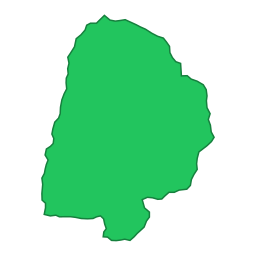 outline of Luisburgo, Minas Gerais, Brazil
{"feature_id": "56859067B70071558492510", "entity_name": "Luisburgo", "entity_type": "district", "adm_level": 2, "iso_a3": "BRA", "parent_name": "Brazil", "parent_adm1": "Minas Gerais", "projection": "robinson", "projection_center": [-42.076, -20.436], "detail": "fine", "context": "isolated", "style": "filled", "palette": "green", "viewbox_px": 256, "rotation_deg": 0, "n_neighbors": 0, "source": "geoboundaries", "source_scale": "gbopen_adm2", "svg_char_len": 1526}
<svg xmlns="http://www.w3.org/2000/svg" viewBox="0 0 256 256"><path d="M144.1,227.1L146.5,221.0L149.4,217.1L149.4,212.1L144.5,207.9L142.2,199.6L147.4,197.3L152.6,197.8L157.8,199.3L161.8,199.0L164.7,196.1L169.0,192.3L174.3,192.3L179.1,190.1L186.8,189.2L190.4,185.4L191.4,179.5L193.9,174.5L197.2,169.4L196.6,163.7L197.2,158.4L198.9,151.9L202.7,149.0L207.0,145.7L211.4,141.6L214.1,137.3L211.2,131.9L210.4,125.2L208.3,119.5L210.1,113.7L207.0,107.7L206.4,100.7L207.0,95.9L206.2,89.6L203.3,84.8L197.2,81.2L191.2,79.1L187.2,75.7L181.4,75.9L181.0,69.7L180.6,63.4L175.8,61.7L172.4,57.6L169.9,52.6L169.5,46.4L166.8,42.5L163.4,38.1L157.7,36.3L151.7,33.2L145.5,29.2L140.3,26.9L136.1,24.7L131.3,22.5L125.2,19.7L119.5,20.6L115.3,21.1L110.0,20.1L104.4,15.4L99.8,19.9L96.5,23.2L90.5,23.2L86.7,25.2L85.1,30.0L81.0,34.8L76.2,38.7L74.5,46.8L70.6,53.0L67.8,57.2L69.0,63.2L67.7,68.7L68.2,74.0L66.3,78.1L66.1,82.8L66.7,88.9L64.2,93.7L61.9,99.8L60.5,107.2L60.2,113.7L58.6,118.1L54.8,122.1L52.9,128.8L51.9,134.1L53.8,138.5L53.2,143.5L50.4,146.4L46.4,149.0L45.1,155.0L48.1,160.0L46.3,164.6L45.2,169.0L44.4,173.4L41.9,178.1L42.7,184.4L41.9,193.5L42.1,200.1L45.5,203.2L45.5,207.9L44.2,214.4L50.3,215.9L55.9,215.2L59.4,216.8L64.9,216.7L70.4,216.7L75.3,217.3L81.3,218.5L87.5,218.8L93.0,218.5L96.6,216.8L100.5,215.9L103.6,218.8L104.7,224.1L106.3,228.6L103.8,232.0L103.2,236.8L107.6,237.1L111.5,240.4L116.3,240.6L120.9,240.0L124.7,239.2L130.0,240.4L134.1,236.8L137.2,233.4L140.3,230.6L144.1,227.1Z" fill="#22c55e" stroke="#15803d" stroke-width="1.5"/></svg>